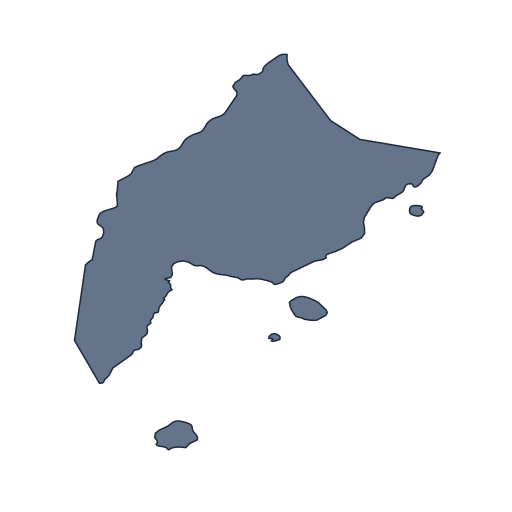 Madang, Equal Earth projection, rotated 98°
{"feature_id": "PNG-1240", "entity_name": "Madang", "entity_type": "Province", "adm_level": 1, "iso_a3": "PNG", "parent_name": "Papua New Guinea", "parent_adm1": "", "projection": "equal_earth", "projection_center": [145.623, -4.997], "detail": "fine", "context": "isolated", "style": "filled", "palette": "slate", "viewbox_px": 512, "rotation_deg": 98, "n_neighbors": 0, "source": "natural_earth", "source_scale": "10m", "svg_char_len": 4295}
<svg xmlns="http://www.w3.org/2000/svg" viewBox="0 0 512 512"><g transform="rotate(98 256 256)"><path d="M128.4,88.0L129.5,88.9L131.4,89.8L146.9,93.1L151.8,95.6L155.1,99.4L157.3,101.5L161.0,102.9L164.0,105.4L164.7,106.3L164.8,106.8L165.1,107.1L165.4,107.7L165.5,108.7L165.2,109.8L163.6,110.7L163.0,111.6L163.0,113.6L163.7,115.9L165.2,117.6L170.8,119.0L172.9,120.5L176.6,125.4L179.4,127.7L180.0,128.8L180.0,134.9L180.5,135.8L182.3,137.2L186.9,146.1L190.2,148.6L203.1,154.2L208.1,154.2L213.4,152.4L218.7,151.6L223.6,154.2L228.7,162.8L236.3,171.4L240.8,178.4L241.9,181.0L244.5,185.8L245.7,186.8L246.7,186.8L247.6,186.3L248.3,186.4L250.3,189.3L252.9,197.2L266.5,217.7L268.4,219.9L270.8,221.2L272.7,223.0L273.1,223.7L277.4,225.4L278.5,226.9L280.3,230.1L281.6,233.2L281.3,234.6L279.8,236.1L279.0,239.7L278.2,247.3L278.3,251.3L279.6,258.2L279.9,261.6L280.2,262.5L281.4,264.8L281.6,266.3L281.5,267.7L280.6,269.6L279.9,271.5L280.0,271.9L279.7,277.9L279.2,281.6L279.1,283.4L279.3,290.5L279.0,293.6L278.2,296.7L273.8,305.1L273.1,308.7L273.3,310.1L273.9,312.6L274.0,314.5L273.7,316.6L271.4,322.0L271.1,327.4L272.5,332.6L275.1,336.5L278.6,338.1L286.2,336.3L289.2,337.4L291.0,342.7L291.8,342.7L292.0,341.5L292.5,339.4L292.7,338.1L293.5,338.5L293.9,338.7L294.4,339.2L295.9,336.8L297.7,336.3L299.6,336.1L301.2,334.5L303.4,337.5L305.6,338.6L307.8,339.4L310.6,341.5L311.6,340.4L312.2,340.3L312.6,340.8L313.2,341.5L314.5,341.5L318.7,344.0L320.9,344.9L323.9,344.8L325.4,345.2L326.0,346.7L326.6,348.7L328.0,349.3L331.1,349.5L333.5,351.0L334.8,351.6L337.0,350.8L338.2,351.8L339.4,353.3L340.5,354.2L341.8,354.2L344.4,353.2L346.0,353.0L347.5,353.0L348.5,353.3L350.8,355.3L351.6,356.0L352.7,357.3L354.1,357.8L355.7,357.6L354.9,357.6L357.7,357.6L360.1,356.9L362.4,357.0L364.7,359.3L365.4,360.9L365.8,362.6L366.6,363.9L369.6,364.8L371.1,365.6L386.7,382.1L395.0,385.1L399.3,388.5L402.1,389.4L403.1,390.3L403.8,393.4L403.2,393.8L364.8,424.0L288.6,423.6L285.1,420.8L282.4,417.7L280.6,417.7L280.2,417.6L264.0,416.7L262.9,416.3L261.8,415.1L260.0,412.0L258.7,411.0L256.2,410.3L253.8,410.1L250.8,410.7L249.2,411.9L248.0,413.5L247.2,415.4L246.1,417.3L244.4,418.1L241.9,418.2L237.6,417.2L235.0,415.9L232.9,413.1L227.7,402.2L226.0,400.6L224.1,400.4L213.7,402.8L210.5,402.5L201.3,403.1L195.8,395.3L192.4,391.3L185.3,388.6L182.9,384.9L176.0,371.1L173.7,367.8L169.8,364.4L167.2,361.4L165.4,358.4L163.0,351.3L162.5,350.4L161.7,349.0L160.3,347.5L158.6,346.0L151.7,343.0L149.2,341.0L146.3,337.7L144.1,334.2L142.3,330.5L140.6,327.7L138.4,325.9L131.2,322.8L127.8,320.0L125.7,317.3L122.7,311.3L121.1,308.9L118.9,306.8L100.7,297.9L98.5,297.3L96.8,297.5L94.9,299.2L93.5,301.0L91.9,302.2L91.1,302.5L86.9,300.6L83.3,296.4L81.2,295.0L80.0,294.5L79.4,293.9L78.9,293.1L78.7,292.3L78.4,289.2L77.7,286.2L76.7,284.7L76.3,283.6L76.2,282.5L76.2,281.4L76.1,279.8L75.7,278.9L75.4,278.3L72.7,275.5L72.3,275.2L71.7,275.1L69.5,275.0L68.9,274.8L66.9,274.0L63.0,270.6L55.4,262.3L53.8,260.3L53.0,258.7L52.7,257.9L52.4,256.5L52.1,253.3L57.4,252.6L61.9,250.9L111.5,201.0L126.1,169.3L128.3,88.4L128.4,88.0ZM455.6,301.8L455.9,305.8L456.7,309.7L458.0,313.0L459.9,315.1L459.9,316.1L458.0,318.7L457.7,322.0L457.8,325.2L457.3,327.7L456.3,328.7L455.6,328.4L454.9,327.8L453.9,327.7L452.6,328.4L449.7,331.1L445.4,330.9L441.9,327.6L436.8,319.7L432.2,315.1L430.8,312.7L430.2,310.1L430.1,307.2L430.8,301.3L431.8,297.4L433.0,296.0L437.7,294.3L439.5,292.6L441.4,290.4L443.6,288.7L446.2,288.5L450.5,294.9L452.3,296.7L455.2,298.5L455.6,299.4L455.6,301.8ZM304.7,178.4L306.4,180.4L311.1,186.9L311.7,189.5L312.0,193.6L311.9,199.5L311.3,200.8L310.9,202.7L310.6,206.4L310.0,208.3L308.6,209.8L304.0,213.6L300.7,215.4L297.5,216.4L295.7,215.4L291.7,210.4L291.0,209.2L290.0,206.7L289.6,204.0L289.7,201.1L290.2,197.7L292.1,190.8L293.4,187.8L299.6,179.2L302.0,177.5L304.7,178.4ZM190.3,96.6L192.5,97.9L193.7,99.9L194.1,102.5L193.7,105.7L193.0,108.3L191.8,109.7L190.0,110.3L187.3,110.4L185.3,109.4L184.1,106.9L183.6,103.6L183.5,100.6L183.9,98.5L184.9,98.1L185.8,98.5L186.1,98.9L188.2,96.6L189.1,96.0L190.3,96.6ZM330.3,227.1L330.6,224.5L331.6,222.2L333.1,220.8L335.4,220.9L337.2,224.5L337.9,226.5L337.9,228.9L337.1,228.4L336.3,227.6L336.1,228.3L336.1,228.7L336.0,228.8L335.4,228.9L335.9,231.8L334.0,231.9L331.6,230.1L330.3,227.1Z" fill="#64748b" stroke="#1e293b" stroke-width="1.5"/></g></svg>